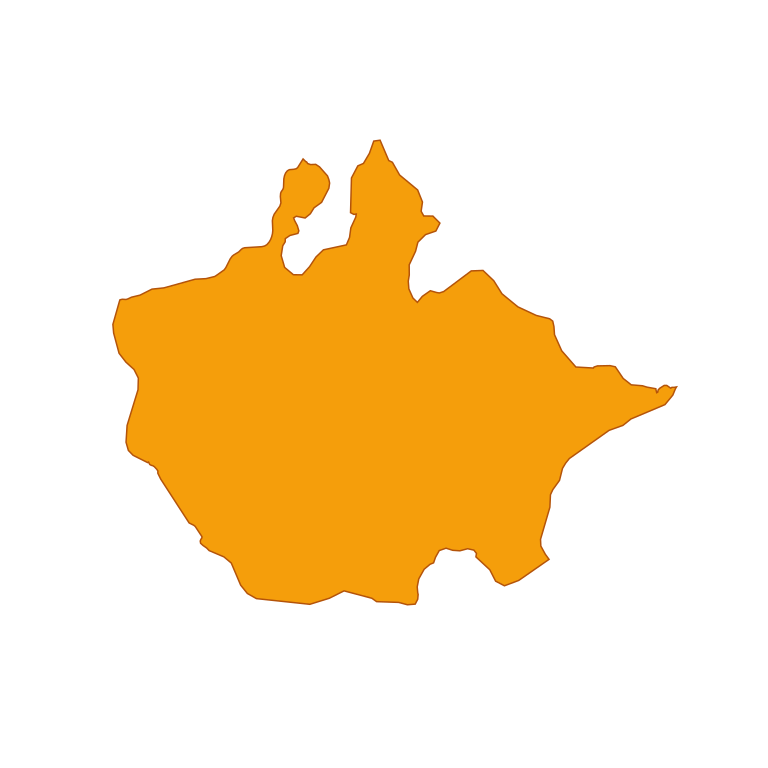 the border of East Azarbaijan, rotated 332°
{"feature_id": "IRN-3238", "entity_name": "East Azarbaijan", "entity_type": "Province", "adm_level": 1, "iso_a3": "IRN", "parent_name": "Iran", "parent_adm1": "", "projection": "albers", "projection_center": [46.749, 37.961], "detail": "fine", "context": "isolated", "style": "filled", "palette": "amber", "viewbox_px": 768, "rotation_deg": 332, "n_neighbors": 0, "source": "natural_earth", "source_scale": "10m", "svg_char_len": 3039}
<svg xmlns="http://www.w3.org/2000/svg" viewBox="0 0 768 768"><g transform="rotate(332 384 384)"><path d="M322.9,197.9L325.0,198.3L340.6,205.4L343.3,206.1L346.0,206.0L349.3,204.7L351.7,203.2L354.0,201.2L356.1,198.9L357.9,196.2L362.1,187.4L364.1,184.8L366.8,182.5L375.5,178.1L378.0,175.7L380.5,169.8L382.3,167.0L383.5,166.0L386.0,164.7L387.2,163.7L388.0,162.5L391.9,155.8L393.9,153.4L396.2,151.5L398.7,150.4L401.0,150.3L405.2,152.1L407.5,152.7L409.3,152.4L418.2,147.3L419.4,151.1L419.9,151.5L420.1,153.5L422.2,155.8L426.8,158.0L429.0,162.0L431.8,173.7L431.3,177.6L430.3,181.1L427.2,185.3L414.2,194.3L404.9,195.6L398.9,199.1L392.3,200.4L385.3,194.7L382.2,194.9L381.8,197.8L381.8,203.5L380.7,208.8L378.7,210.6L370.7,208.7L365.1,209.3L363.5,212.1L359.5,214.4L353.5,222.4L351.0,234.4L355.3,245.0L363.0,249.2L373.3,245.5L383.6,239.9L393.5,237.1L416.1,243.5L422.4,238.4L428.0,230.6L437.4,223.4L439.3,220.9L437.0,220.1L434.9,217.0L452.0,186.8L463.3,179.1L469.4,179.6L479.4,173.5L489.0,164.7L495.0,166.9L493.1,188.9L495.5,192.2L495.9,206.8L504.8,228.5L503.4,241.4L497.9,248.9L498.0,254.3L506.0,258.7L508.9,268.2L501.6,273.3L490.8,271.6L480.5,274.7L474.2,281.6L462.2,290.6L457.5,299.6L453.7,304.6L450.6,311.7L449.9,321.6L451.8,327.6L459.0,324.6L468.7,323.4L473.5,328.0L475.6,329.6L480.1,330.4L514.1,325.1L524.7,330.2L529.4,344.3L530.5,359.7L538.4,378.7L550.6,394.9L560.9,404.2L562.5,407.7L561.0,413.1L557.7,420.5L556.5,438.1L561.4,459.1L576.4,468.2L577.4,467.6L580.9,468.2L592.2,473.9L596.3,477.4L597.8,491.4L601.9,500.8L611.4,506.9L614.7,510.2L621.8,515.8L621.4,516.8L620.7,519.7L621.9,519.7L623.2,518.0L625.5,517.2L630.7,516.8L633.0,518.0L635.2,522.3L636.6,522.1L638.7,523.2L640.9,523.9L639.1,525.0L633.8,529.4L622.4,534.1L585.6,530.8L575.6,532.7L561.0,530.6L512.7,536.8L507.3,539.1L502.0,542.3L493.7,551.5L483.5,556.5L479.0,559.9L472.6,570.7L449.3,594.6L446.4,600.7L446.5,610.1L447.4,616.3L410.7,620.7L395.6,618.7L390.0,610.5L390.2,597.7L384.0,579.8L386.1,577.0L385.4,572.9L380.5,568.7L372.7,566.9L366.6,563.1L361.7,558.1L354.6,557.0L348.1,561.2L343.8,565.2L340.1,564.8L332.5,566.4L323.2,572.4L318.1,578.7L315.8,584.1L315.3,585.9L312.7,589.9L308.2,593.0L301.0,589.9L294.4,583.7L275.3,572.7L272.7,567.5L251.6,547.9L235.1,547.5L215.1,543.7L170.6,513.6L165.0,504.8L163.0,494.3L165.1,470.4L161.5,461.5L151.4,449.0L150.4,445.5L148.4,441.6L147.3,438.5L148.0,436.4L149.4,435.2L150.9,434.4L151.6,433.4L150.5,421.8L150.4,421.0L149.7,419.4L146.7,415.2L142.2,363.1L142.4,356.7L142.9,355.7L143.5,354.7L143.3,352.6L142.4,349.2L141.5,347.6L140.3,346.5L139.4,345.1L139.4,342.4L138.4,342.4L129.0,329.2L127.1,322.7L128.9,314.3L137.7,300.0L164.1,273.6L169.9,263.4L170.1,253.8L166.4,243.6L164.5,232.5L169.2,212.1L172.6,204.1L189.4,186.6L190.4,185.7L192.7,186.3L195.8,188.2L196.5,188.4L197.6,188.6L201.8,188.8L210.3,191.0L223.7,191.3L231.3,194.4L234.8,195.8L266.4,202.8L276.3,207.4L285.0,209.6L286.5,209.5L296.5,208.2L299.1,206.9L307.0,201.3L309.9,199.9L311.9,199.5L317.7,199.2L321.3,198.1L322.9,197.9Z" fill="#f59e0b" stroke="#b45309" stroke-width="1.5"/></g></svg>